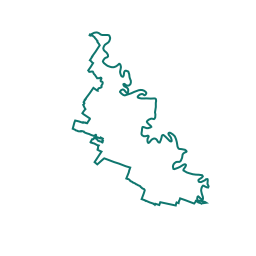 outline of Gorban, Iasi, Romania, rotated 335°
{"feature_id": "2599482B38258356055688", "entity_name": "Gorban", "entity_type": "district", "adm_level": 2, "iso_a3": "ROU", "parent_name": "Romania", "parent_adm1": "Iasi", "projection": "orthographic", "projection_center": [28.07, 46.911], "detail": "fine", "context": "isolated", "style": "outline", "palette": "teal", "viewbox_px": 256, "rotation_deg": 335, "n_neighbors": 0, "source": "geoboundaries", "source_scale": "gbopen_adm2", "svg_char_len": 5874}
<svg xmlns="http://www.w3.org/2000/svg" viewBox="0 0 256 256"><g transform="rotate(335 128 128)"><path d="M167.3,228.8L166.6,227.7L164.0,225.4L160.8,223.3L160.4,222.8L160.5,222.1L160.8,221.3L161.9,219.8L162.7,219.6L163.1,220.3L164.0,222.7L164.9,224.2L165.2,224.4L165.6,224.3L166.1,223.7L166.7,222.2L167.1,218.9L167.5,216.9L167.8,215.7L168.6,214.3L169.8,212.9L171.3,212.0L171.7,211.9L172.3,212.4L172.8,213.2L174.5,215.2L175.5,215.8L176.4,214.9L176.4,212.2L178.3,208.9L178.4,207.9L177.1,207.4L175.5,207.9L171.4,207.9L170.7,207.6L169.7,206.9L169.5,206.5L169.6,205.4L169.8,205.0L170.7,204.6L173.7,204.2L175.0,203.7L175.4,203.4L175.2,202.1L172.3,200.2L170.0,199.1L167.2,197.3L164.4,194.9L162.5,193.1L160.3,189.9L160.8,189.0L163.7,187.3L164.6,186.5L164.9,185.8L164.6,185.2L163.9,184.8L162.6,184.7L158.7,185.2L156.4,185.2L152.7,184.9L151.9,184.3L152.1,183.2L152.4,182.0L153.1,181.0L153.9,180.2L155.4,179.5L157.2,179.2L158.1,179.4L160.2,180.4L161.4,180.3L162.4,179.7L164.4,177.9L166.3,175.1L167.4,174.5L168.8,174.2L170.6,174.3L171.1,174.1L171.2,173.6L171.1,173.1L170.4,171.8L167.8,169.9L166.1,168.9L165.6,168.6L165.1,167.9L165.0,165.9L166.3,161.3L166.8,158.3L166.9,155.4L166.6,154.5L166.0,152.9L164.7,150.8L163.9,149.9L163.1,149.7L162.7,149.8L162.2,150.3L162.1,151.4L162.7,153.7L162.8,155.1L162.5,157.1L162.1,158.2L161.4,158.4L161.0,158.2L160.4,157.5L158.3,151.7L157.2,149.4L156.8,149.1L156.0,149.1L155.2,149.6L154.4,150.8L152.6,152.8L150.7,154.5L150.2,154.4L149.6,153.9L149.3,152.8L149.1,150.9L148.7,149.9L148.0,149.0L147.3,148.6L146.5,148.4L144.8,148.5L143.7,148.9L141.9,149.8L140.8,150.2L140.1,150.1L139.9,148.9L140.2,147.8L141.2,146.0L142.7,144.9L143.2,144.3L143.2,144.0L143.0,143.6L142.7,143.3L140.6,142.9L138.9,142.2L137.8,140.7L137.6,139.6L138.0,138.5L139.7,136.0L140.2,135.0L141.4,133.4L141.8,133.3L142.5,133.7L144.7,135.9L146.0,136.6L148.6,137.0L149.6,136.8L149.6,136.1L149.3,135.2L148.5,133.6L147.8,131.5L147.7,130.5L147.8,130.2L148.7,129.6L150.6,129.2L152.9,129.3L153.7,129.7L155.3,130.9L156.1,130.7L157.2,129.8L158.5,127.4L159.1,125.2L162.1,120.7L163.8,117.0L164.9,115.4L165.4,114.0L165.4,113.3L165.0,112.7L164.3,112.3L161.1,111.0L157.7,109.2L152.6,106.9L150.7,105.5L149.9,104.6L149.9,104.2L149.9,103.9L150.3,103.5L151.5,103.0L152.9,102.7L154.4,102.9L155.4,103.3L155.7,103.5L156.4,104.8L156.9,105.3L157.7,105.3L159.0,104.6L159.4,103.9L159.3,102.8L158.2,100.8L156.8,99.5L155.4,98.8L153.6,98.3L148.9,97.9L145.5,97.9L138.9,97.1L137.8,96.2L136.6,94.0L136.1,92.4L136.0,91.9L136.2,91.6L137.8,90.8L139.4,90.8L140.1,91.3L140.6,92.1L141.5,95.3L142.1,95.9L142.8,95.7L143.2,95.5L144.0,94.2L144.4,93.2L144.5,92.5L144.2,91.2L142.3,88.6L142.1,87.4L142.2,86.6L142.5,86.3L143.2,86.4L143.6,86.8L144.2,88.2L145.0,89.1L146.1,89.7L146.8,89.8L147.6,89.7L148.9,89.1L149.8,88.0L150.5,86.5L150.7,83.7L150.9,82.5L151.8,79.8L151.9,79.0L152.1,77.0L151.8,76.6L150.5,75.3L149.9,75.0L149.4,75.0L149.1,75.1L148.1,75.8L146.3,78.6L145.4,79.3L145.0,79.4L144.4,78.9L143.9,77.8L144.1,75.4L144.5,73.9L144.9,73.2L147.2,70.1L147.6,69.0L147.8,67.4L147.5,66.3L147.1,66.1L144.8,66.8L142.9,67.1L140.9,66.9L139.1,66.1L137.8,65.1L135.9,63.2L135.1,62.0L133.6,59.0L133.3,57.2L134.2,56.2L136.2,55.1L137.3,54.9L139.2,55.1L140.2,54.6L140.7,53.2L140.6,51.7L140.4,50.6L139.4,48.5L139.2,47.8L139.0,47.0L139.2,45.5L139.7,44.8L140.7,43.8L142.3,42.8L146.4,42.1L147.8,41.3L149.1,40.0L149.8,39.0L150.0,38.3L150.1,36.4L149.9,35.9L148.9,35.1L143.9,32.8L142.8,31.8L141.6,29.6L140.5,28.5L139.7,28.0L137.6,27.4L133.2,27.5L133.0,27.2L132.4,27.7L132.9,28.4L134.8,29.0L135.4,30.5L136.0,31.4L136.1,32.6L136.7,34.4L136.8,35.5L137.1,36.2L136.6,36.9L136.9,37.6L136.9,38.6L137.2,39.5L137.3,41.1L130.9,45.1L125.7,48.0L125.8,48.2L122.1,50.5L122.5,51.1L123.3,53.6L123.8,54.4L119.8,57.0L116.3,59.0L116.5,59.6L116.4,60.3L116.7,60.8L119.3,61.6L119.9,62.0L120.0,62.7L119.9,64.0L120.0,64.8L120.4,65.7L121.1,69.9L122.0,70.2L123.0,70.8L124.3,70.7L124.9,71.2L124.9,71.8L124.7,72.1L123.5,73.1L123.1,73.7L123.2,74.4L124.1,75.1L124.3,75.7L124.2,76.3L123.6,77.2L121.7,78.5L121.5,79.5L121.2,79.8L120.3,79.9L118.2,79.6L116.8,80.4L116.2,81.0L116.2,81.3L116.0,81.2L115.7,80.7L113.6,77.0L108.0,80.3L101.1,84.0L101.4,84.2L98.7,85.8L99.0,86.9L99.0,87.1L98.4,87.4L97.9,88.0L97.2,88.1L97.2,91.9L97.4,92.9L95.4,93.8L92.9,95.3L93.5,96.7L97.4,103.1L97.4,103.4L97.3,103.7L94.3,105.5L93.1,106.4L92.0,105.4L91.9,105.6L89.8,103.8L89.3,104.2L86.3,101.3L83.3,98.9L81.7,100.4L77.6,105.3L79.3,107.2L79.7,108.1L80.5,108.7L81.5,109.9L82.0,110.2L83.8,111.2L84.0,110.9L84.9,111.3L86.5,112.6L86.5,113.3L87.4,114.4L88.8,115.8L90.1,116.9L91.7,118.8L93.4,120.4L94.5,120.9L95.5,120.5L95.8,120.5L96.0,120.6L96.1,121.0L95.0,122.1L98.3,125.6L99.2,125.0L100.7,127.0L99.7,127.8L99.9,128.4L99.8,128.5L99.9,129.0L99.2,129.3L99.1,130.0L98.7,130.3L98.3,129.9L98.3,129.3L97.0,128.4L96.4,127.7L95.6,127.1L95.0,124.8L94.7,124.2L93.9,123.5L93.1,122.7L91.8,123.5L90.8,123.0L88.0,125.0L88.1,125.4L88.6,125.9L89.2,126.2L89.4,126.6L90.8,127.7L92.8,130.4L94.1,131.5L93.0,132.2L92.3,133.7L92.0,133.8L91.2,134.8L91.8,135.7L94.0,138.2L83.3,144.8L84.8,148.0L93.2,145.5L93.7,145.5L101.1,153.1L104.6,156.3L109.9,161.8L113.3,164.8L110.9,167.3L109.9,168.6L105.3,172.9L105.5,173.0L105.8,173.5L105.8,173.9L106.4,174.1L107.3,175.3L107.6,176.2L107.7,177.0L108.1,177.3L108.3,177.9L109.1,178.6L109.3,179.4L109.5,179.5L110.8,181.0L111.2,181.6L111.5,182.3L111.9,182.6L113.0,184.2L114.2,185.5L114.5,186.0L114.6,187.0L115.1,187.6L115.3,188.5L115.8,189.2L116.7,190.1L116.9,191.2L116.8,191.6L114.5,194.1L110.3,198.2L112.4,200.3L113.2,201.5L113.4,201.4L116.2,204.6L119.1,207.3L119.1,207.8L119.9,208.5L120.0,209.0L120.4,208.8L120.8,208.3L123.8,211.0L125.9,208.9L138.5,218.4L139.9,216.6L140.6,216.0L142.1,217.5L143.4,215.7L143.9,215.5L145.5,213.8L149.2,217.4L156.0,224.4L157.9,223.5L158.7,222.7L159.3,223.3L160.2,225.1L162.3,227.0L162.6,227.6L163.0,227.5L167.3,228.8Z" fill="none" stroke="#0f766e" stroke-width="2"/></g></svg>